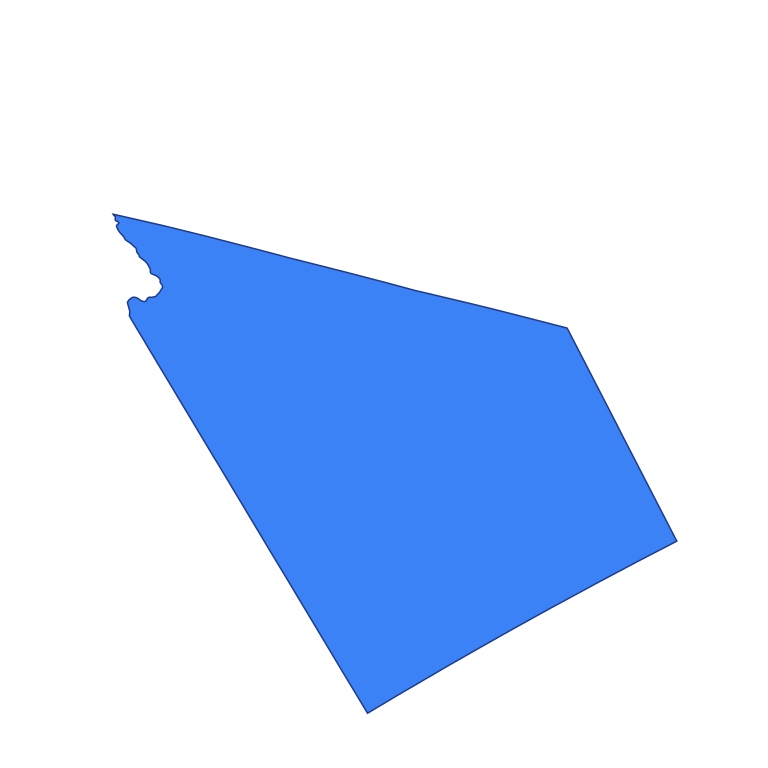 the border of Nevada, rotated 150°
{"feature_id": "USA-3523", "entity_name": "Nevada", "entity_type": "State", "adm_level": 1, "iso_a3": "USA", "parent_name": "United States of America", "parent_adm1": "", "projection": "albers", "projection_center": [-115.554, 38.502], "detail": "fine", "context": "isolated", "style": "filled", "palette": "blue", "viewbox_px": 768, "rotation_deg": 150, "n_neighbors": 0, "source": "natural_earth", "source_scale": "10m", "svg_char_len": 2811}
<svg xmlns="http://www.w3.org/2000/svg" viewBox="0 0 768 768"><g transform="rotate(150 384 384)"><path d="M562.9,107.1L563.1,119.6L563.3,132.0L563.6,144.5L563.8,156.9L564.0,169.4L564.2,181.9L564.4,194.3L564.6,206.8L564.8,219.3L565.0,231.8L565.2,244.2L565.4,256.7L565.6,269.2L565.9,281.7L566.1,294.2L566.3,306.6L566.5,319.1L566.7,331.6L566.9,344.1L567.1,356.6L567.3,369.0L567.5,381.5L567.7,394.0L568.0,406.5L568.2,419.0L568.4,431.4L568.6,443.9L568.8,456.4L569.0,468.9L569.2,481.4L569.4,493.8L569.6,506.3L569.6,507.0L569.7,508.9L569.7,511.8L569.8,515.6L569.8,520.0L569.9,525.1L570.0,530.4L570.1,535.9L570.1,541.4L570.2,546.8L570.3,551.8L570.4,556.3L570.4,560.1L570.5,563.0L570.5,564.8L570.5,565.5L570.5,568.9L570.5,569.7L570.4,570.4L569.1,572.2L567.9,573.9L567.2,576.4L566.4,579.4L565.5,582.9L563.3,584.2L560.1,584.8L558.4,584.7L556.9,584.1L555.7,583.0L554.9,582.0L554.3,581.1L552.8,577.8L552.3,577.1L551.7,576.3L550.9,575.6L550.4,575.2L549.8,575.0L549.3,575.0L548.9,575.0L548.5,575.1L548.1,575.2L547.7,575.4L546.1,576.4L545.7,576.5L545.3,576.6L544.8,576.6L544.3,576.6L543.4,576.3L542.8,575.9L542.2,575.4L541.9,575.2L541.6,575.1L538.2,574.1L537.6,574.1L537.0,574.2L536.0,574.7L532.3,575.7L530.2,577.0L528.0,578.0L527.8,578.3L527.5,578.6L527.1,579.2L526.9,579.6L526.8,580.3L526.8,581.2L527.0,583.0L527.0,583.9L526.7,584.8L525.6,585.9L525.8,588.2L526.5,590.3L527.4,592.1L530.0,595.4L530.4,596.1L530.6,597.0L530.3,597.9L529.2,600.0L528.9,601.2L528.8,605.6L529.0,607.8L529.4,609.4L531.7,615.2L532.2,616.5L531.7,618.2L532.1,621.7L530.8,625.5L531.9,628.7L533.1,632.6L535.2,636.7L535.9,638.6L535.8,640.7L536.0,642.8L536.9,646.6L537.3,649.8L537.2,651.5L536.7,654.7L536.4,654.9L535.6,655.3L534.7,655.5L533.8,655.5L533.2,655.8L533.0,656.9L533.3,657.7L534.5,659.1L534.8,660.2L534.5,660.9L533.0,663.0L533.7,665.6L533.7,666.5L521.5,655.2L509.3,643.9L496.6,632.1L484.8,620.8L474.4,610.8L463.9,600.7L453.6,590.6L443.2,580.4L432.9,570.3L422.7,560.2L412.4,550.0L402.2,539.8L390.6,528.6L379.1,517.4L367.6,506.2L356.1,495.0L344.7,483.7L333.3,472.5L322.0,461.2L310.7,449.8L296.3,436.3L282.0,422.8L267.7,409.3L253.5,395.7L239.4,382.0L225.4,368.3L211.4,354.6L197.5,340.9L197.5,339.8L197.7,335.4L198.4,320.7L199.1,306.1L199.8,291.5L200.5,276.9L201.2,262.2L201.9,247.6L202.6,233.0L203.4,218.4L204.1,203.8L204.8,189.1L205.5,174.5L206.2,159.9L206.9,145.3L207.6,130.7L208.3,116.1L209.0,101.5L220.1,102.0L231.2,102.5L242.2,103.0L253.3,103.5L264.4,103.9L275.4,104.3L286.5,104.7L297.6,105.1L308.7,105.4L319.7,105.7L330.8,106.0L341.9,106.3L353.0,106.6L364.0,106.8L375.1,107.0L386.2,107.2L397.3,107.4L408.3,107.5L419.3,107.6L430.4,107.7L441.4,107.8L452.5,107.8L463.5,107.9L474.6,107.9L485.6,107.8L496.7,107.8L507.7,107.7L518.7,107.7L529.8,107.6L540.8,107.4L551.9,107.3L562.9,107.1Z" fill="#3b82f6" stroke="#1e3a8a" stroke-width="1.5"/></g></svg>